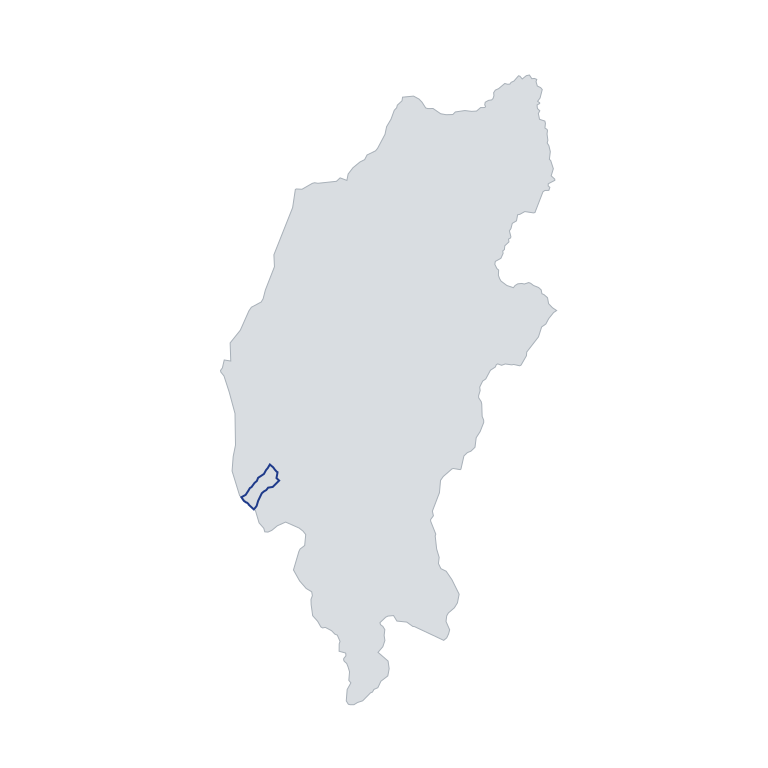 Xo'vsgol, Dornogovi, Mongolia shown in context, rotated 96°
{"feature_id": "93677404B21741172653366", "entity_name": "Xo'vsgol", "entity_type": "district", "adm_level": 2, "iso_a3": "MNG", "parent_name": "Mongolia", "parent_adm1": "Dornogovi", "projection": "albers", "projection_center": [110.095, 43.425], "detail": "fine", "context": "in_parent", "style": "outline", "palette": "blue", "viewbox_px": 768, "rotation_deg": 96, "n_neighbors": 0, "source": "geoboundaries", "source_scale": "gbopen_adm2", "svg_char_len": 4444}
<svg xmlns="http://www.w3.org/2000/svg" viewBox="0 0 768 768"><g transform="rotate(96 384 384)"><path d="M65.1,263.9L67.4,264.4L71.6,262.7L72.9,259.2L74.6,257.4L83.3,258.7L86.8,260.8L88.0,258.6L88.8,258.5L90.4,260.9L92.5,260.6L94.1,260.1L96.0,257.6L98.8,258.8L104.5,257.0L105.7,251.5L107.9,250.7L112.6,250.7L113.8,248.4L114.9,247.9L118.3,248.0L124.5,246.5L127.2,246.9L129.8,244.9L135.5,242.9L143.3,243.0L144.3,241.6L152.2,238.1L159.5,239.5L162.4,235.6L163.6,235.4L167.7,241.6L169.9,241.4L171.1,239.6L174.2,240.3L174.7,244.2L176.2,246.0L197.7,251.8L198.2,253.2L197.8,262.0L201.1,266.7L201.7,268.8L207.9,269.3L210.8,273.2L216.1,274.0L218.6,275.3L224.3,273.2L225.5,273.4L226.9,275.3L229.6,274.6L233.9,278.3L237.7,278.3L239.3,279.8L241.7,279.2L246.8,280.9L250.4,286.1L253.4,286.3L257.4,283.8L258.7,281.9L264.0,281.6L267.2,280.0L269.4,278.4L273.2,272.1L274.7,265.4L272.3,263.9L270.4,261.4L269.6,257.5L269.9,254.9L268.0,250.7L268.5,248.7L270.4,245.6L271.9,240.3L274.0,237.5L277.7,236.4L278.4,234.2L281.1,230.4L286.9,228.7L290.5,224.5L292.9,220.0L295.2,222.8L301.7,227.0L307.4,229.3L310.8,233.2L321.0,235.3L337.3,245.4L341.0,245.3L350.9,249.7L351.7,251.0L351.0,257.1L351.6,258.9L351.4,265.5L353.1,269.0L352.1,273.0L353.0,274.3L355.5,275.1L359.2,279.6L368.3,283.3L370.8,286.2L377.1,288.5L380.5,287.7L385.8,288.7L387.8,288.4L391.4,285.5L393.7,284.7L406.0,283.0L409.5,281.1L411.8,280.8L421.2,283.4L427.8,286.7L437.4,286.9L441.7,290.5L443.5,293.9L447.2,297.0L460.6,298.6L461.2,299.3L460.8,306.3L461.3,307.5L469.8,315.4L473.9,317.7L486.3,317.5L505.4,322.6L509.9,321.1L514.0,323.5L515.5,323.3L527.9,316.8L529.8,317.2L542.6,314.4L550.7,311.0L556.9,311.1L561.7,308.1L563.7,302.6L571.5,296.0L585.2,287.3L594.0,288.1L599.2,290.6L604.9,296.0L608.0,297.4L613.7,297.5L621.6,293.0L625.9,293.7L629.9,295.1L632.7,297.8L622.1,328.3L622.1,330.0L618.4,336.5L618.4,346.4L613.3,350.3L614.4,355.8L615.7,357.9L621.8,363.1L623.7,362.3L625.2,359.8L628.2,357.5L634.0,357.6L639.0,356.3L645.4,357.7L651.5,361.9L659.1,351.0L666.6,349.1L673.9,349.7L679.9,356.0L686.7,358.4L688.8,362.1L691.6,363.3L692.5,365.1L701.3,372.1L703.5,377.0L706.1,380.4L706.5,384.1L706.2,386.0L703.1,388.4L691.7,388.7L684.7,385.7L682.4,388.0L673.8,388.2L669.0,390.2L665.8,391.9L664.0,394.5L662.6,395.3L661.1,395.3L658.4,393.5L656.1,393.8L655.5,394.3L654.5,400.7L647.1,401.4L644.6,400.8L638.6,404.2L637.9,406.7L634.8,410.4L632.2,416.9L633.0,419.6L632.2,421.4L626.9,425.2L621.9,430.7L611.0,433.4L605.9,434.1L602.0,433.1L598.2,434.2L595.5,440.0L588.7,447.3L578.4,454.6L559.3,451.1L556.9,450.2L552.9,446.0L541.9,446.1L538.8,449.1L536.1,453.4L531.6,467.4L536.1,475.2L541.3,480.3L543.4,483.9L543.5,487.1L540.0,488.5L535.2,493.7L523.4,498.6L510.1,515.9L486.4,526.0L471.8,526.4L460.3,525.3L428.9,529.1L408.2,537.1L392.7,544.0L389.2,547.5L387.6,548.0L384.9,546.4L376.8,545.4L377.2,538.8L359.2,541.3L345.5,532.5L325.4,526.0L321.5,523.9L315.3,514.7L311.8,513.1L302.9,511.8L278.8,505.2L267.0,507.0L218.1,493.3L199.8,492.5L199.2,491.6L198.9,485.9L191.9,476.2L191.1,474.0L191.3,470.7L187.4,452.5L183.6,449.2L185.4,442.2L178.9,441.6L172.2,437.5L165.7,431.1L162.9,426.7L158.0,424.8L153.0,416.8L150.3,415.0L135.6,409.1L127.8,408.3L119.9,404.7L110.7,402.4L108.0,400.3L105.3,399.9L100.5,395.7L96.8,395.5L94.6,384.7L97.0,378.9L99.7,375.7L105.1,371.4L105.5,369.3L104.9,364.0L109.3,355.9L109.7,350.3L108.8,343.7L106.0,341.5L103.6,332.2L103.7,325.4L102.9,320.5L99.0,316.8L98.5,312.6L97.2,312.0L95.9,313.0L93.2,312.8L91.0,309.7L90.2,306.6L88.7,305.4L85.8,304.8L82.8,305.4L80.1,304.0L78.2,300.8L72.5,295.3L73.0,292.4L72.6,290.2L70.7,289.1L69.2,286.5L63.4,282.4L63.7,281.0L66.2,278.4L62.5,274.7L61.5,271.7L64.9,268.9L64.4,266.3L65.1,263.9Z" fill="#d9dde1" stroke="#a8b0b8" stroke-width="1"/><path d="M476.0,489.1L478.8,490.4L479.4,490.6L481.8,492.2L482.1,492.4L482.4,492.5L486.0,494.0L489.1,497.7L489.7,498.5L490.5,499.4L493.7,500.3L495.9,502.4L500.4,505.0L501.5,506.5L504.2,507.7L508.7,510.0L511.5,514.0L512.7,513.0L513.8,512.1L515.0,511.0L515.7,509.7L516.1,509.0L516.1,508.9L516.3,508.5L516.3,508.1L516.3,507.9L516.6,507.5L516.8,507.2L517.3,506.4L517.5,506.3L518.1,506.0L519.0,504.8L519.7,503.9L520.5,502.8L521.2,501.9L522.3,500.4L520.4,499.0L518.5,497.9L513.5,497.0L509.8,495.7L505.4,494.1L503.3,492.1L501.8,490.0L499.2,488.4L498.4,485.4L498.0,483.9L491.0,478.2L488.8,481.1L483.9,480.7L482.8,480.7L482.4,481.6L480.4,483.8L479.3,484.7L478.3,485.7L477.4,487.1L476.0,489.1Z" fill="none" stroke="#1e3a8a" stroke-width="2"/></g></svg>